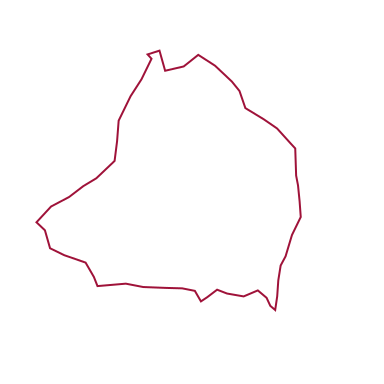 Klonari, Limassol, Cyprus, rotated 206°
{"feature_id": "46923920B45851080898920", "entity_name": "Klonari", "entity_type": "district", "adm_level": 2, "iso_a3": "CYP", "parent_name": "Cyprus", "parent_adm1": "Limassol", "projection": "mercator", "projection_center": [33.179, 34.828], "detail": "fine", "context": "isolated", "style": "outline", "palette": "rose", "viewbox_px": 384, "rotation_deg": 206, "n_neighbors": 0, "source": "geoboundaries", "source_scale": "gbopen_adm2", "svg_char_len": 801}
<svg xmlns="http://www.w3.org/2000/svg" viewBox="0 0 384 384"><g transform="rotate(206 192 192)"><path d="M65.5,122.4L69.7,135.6L75.7,150.4L80.1,164.8L79.7,175.2L83.3,197.2L83.3,217.2L91.2,230.8L99.6,244.4L105.6,252.4L118.3,276.4L124.7,278.9L143.4,286.4L159.3,288.8L180.8,290.8L193.6,303.6L204.7,308.8L205.1,308.9L226.6,315.6L246.5,318.0L254.5,301.2L269.3,289.2L283.2,304.8L292.2,296.2L286.8,294.0L286.8,271.2L289.2,251.2L289.2,224.0L281.6,204.8L275.2,186.0L284.0,162.4L292.3,149.6L300.3,133.6L312.3,117.2L318.5,96.6L307.4,93.1L294.9,79.2L279.1,79.2L256.7,81.9L242.9,72.6L235.7,66.0L211.3,80.6L194.2,85.2L173.1,94.5L158.6,101.1L146.1,104.4L136.0,97.6L132.2,104.1L126.6,115.2L116.0,116.1L99.8,120.8L89.7,132.4L78.6,129.6L71.7,124.0L65.5,122.4Z" fill="none" stroke="#9f1239" stroke-width="2"/></g></svg>